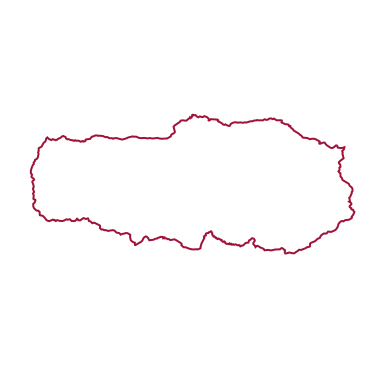 outline of Caparrapi, Cundinamarca, Colombia, rotated 81°
{"feature_id": "7082276B94520275581830", "entity_name": "Caparrapi", "entity_type": "district", "adm_level": 2, "iso_a3": "COL", "parent_name": "Colombia", "parent_adm1": "Cundinamarca", "projection": "natural_earth1", "projection_center": [-74.507, 5.372], "detail": "fine", "context": "isolated", "style": "outline", "palette": "rose", "viewbox_px": 384, "rotation_deg": 81, "n_neighbors": 0, "source": "geoboundaries", "source_scale": "gbopen_adm2", "svg_char_len": 6045}
<svg xmlns="http://www.w3.org/2000/svg" viewBox="0 0 384 384"><g transform="rotate(81 192 192)"><path d="M258.8,130.9L259.9,129.8L260.9,129.5L261.1,125.9L262.1,123.0L261.8,118.8L262.4,114.1L261.8,113.3L261.4,112.0L262.5,110.6L263.5,110.1L264.0,109.3L266.3,109.8L267.3,109.5L267.4,108.4L267.0,105.3L268.4,101.7L268.5,100.4L267.7,99.1L266.7,96.6L265.8,95.3L266.3,93.1L265.3,88.8L264.5,86.8L264.4,84.3L263.8,83.8L261.8,83.6L260.9,82.7L259.8,78.1L257.9,75.3L257.4,73.0L256.1,72.2L254.8,70.9L254.0,69.3L253.6,68.1L254.0,66.4L253.9,65.4L252.4,63.8L253.2,60.7L252.1,56.6L251.3,55.4L249.3,53.6L246.2,52.1L244.5,50.0L244.1,48.3L244.7,47.0L244.0,45.7L243.7,44.4L244.0,41.5L242.8,38.4L242.3,38.1L241.5,38.2L239.4,36.1L237.1,34.7L236.2,35.4L234.8,35.6L234.1,37.1L233.6,37.4L232.8,37.3L232.3,38.0L231.4,38.6L230.7,38.6L229.0,36.5L228.5,36.4L227.2,36.9L226.1,38.4L225.5,37.4L222.3,37.6L221.6,36.6L218.2,34.4L217.1,34.3L216.3,33.4L214.2,33.0L212.5,33.5L210.5,35.3L208.4,35.9L203.7,41.4L201.3,41.9L200.0,42.9L196.7,42.5L196.2,43.2L194.6,44.1L193.5,42.9L191.0,42.6L190.3,41.4L188.1,41.3L186.8,42.3L185.6,42.2L184.7,41.2L182.4,37.0L177.7,37.4L176.5,37.0L175.0,37.2L174.0,35.7L172.3,34.6L171.6,34.5L171.9,35.5L171.9,38.1L171.0,41.0L170.8,41.2L169.4,41.2L168.7,41.7L168.5,42.4L170.2,45.3L170.5,47.1L169.8,48.4L167.0,51.5L165.4,52.6L164.0,53.2L163.7,54.7L164.4,57.5L164.2,58.6L163.5,58.7L162.6,57.9L162.1,58.0L159.2,61.6L158.7,62.6L158.1,65.2L158.4,67.2L156.7,69.7L155.6,74.0L153.4,75.2L152.4,76.4L151.1,77.3L147.3,81.8L145.6,82.7L143.4,84.7L142.2,84.6L141.9,86.0L140.6,86.1L140.0,87.5L139.6,89.3L137.3,92.7L136.0,92.1L135.4,92.1L135.0,93.2L134.4,97.3L132.3,99.5L132.7,100.9L131.8,102.2L131.5,104.0L132.3,105.3L132.4,107.3L131.5,109.0L132.3,110.7L131.6,115.2L131.1,116.5L131.4,117.3L131.1,119.2L131.6,121.3L131.3,123.1L131.9,127.6L131.5,128.5L131.6,130.9L130.8,133.5L130.7,136.1L130.1,137.3L129.8,139.2L130.1,141.1L130.8,143.1L132.4,144.1L132.6,145.1L131.7,146.8L130.4,148.4L130.8,149.7L130.0,150.9L128.6,151.9L126.3,155.2L125.7,155.4L125.5,154.8L125.2,154.8L124.4,155.7L123.0,162.2L123.8,163.1L124.1,164.1L123.9,164.4L122.8,164.0L122.0,164.2L120.4,165.5L119.2,167.5L119.0,168.1L119.4,168.6L119.7,170.1L118.6,172.4L119.2,174.1L118.0,175.6L116.6,176.5L116.5,177.7L115.8,179.0L115.9,179.6L117.0,179.7L117.0,180.3L117.7,181.0L118.0,181.1L118.2,180.7L118.5,180.9L118.4,181.4L118.7,181.9L118.3,182.3L119.0,182.4L119.0,183.9L120.6,186.2L120.6,187.1L119.8,189.7L119.7,191.8L121.0,193.3L123.6,198.8L124.8,200.0L129.8,199.5L130.5,199.8L131.2,200.9L131.7,202.8L132.5,203.7L133.8,204.3L135.2,208.0L134.7,213.5L134.0,216.0L133.2,217.4L133.0,222.7L132.1,225.3L132.1,227.6L131.2,230.3L130.9,233.5L130.4,235.6L128.5,238.7L128.3,240.9L127.8,241.8L128.1,246.2L128.8,248.7L129.3,252.7L126.9,258.3L126.7,260.2L127.1,261.6L126.4,262.4L126.0,264.9L125.5,265.9L124.9,266.3L124.4,267.4L124.3,269.0L122.8,271.2L122.0,274.2L121.7,276.4L121.1,277.5L121.1,279.0L121.7,281.0L121.7,282.3L123.6,284.4L123.5,288.5L123.9,289.0L124.8,289.2L125.2,289.8L125.2,291.4L124.7,291.5L124.5,291.9L124.9,293.5L124.9,294.3L123.9,295.3L123.4,296.7L123.4,298.0L122.6,299.4L123.1,300.4L122.5,301.2L121.5,304.1L120.5,305.6L120.4,306.9L119.6,307.9L117.9,308.4L116.5,310.5L116.7,311.4L117.8,313.2L118.7,316.3L119.4,317.4L119.5,318.7L118.9,319.4L118.7,320.2L118.0,321.2L118.7,322.8L117.1,325.3L115.5,326.3L116.2,327.5L119.0,328.8L120.4,331.0L123.7,333.5L124.7,336.5L128.0,337.2L128.8,337.8L130.4,337.6L133.8,338.9L134.9,339.9L135.8,342.1L136.9,342.4L138.1,343.8L139.5,343.8L140.4,344.9L142.7,346.4L145.7,347.8L148.2,348.2L149.8,347.3L151.6,348.1L152.2,348.1L154.0,346.4L155.1,346.0L156.4,347.8L157.1,348.2L159.7,347.6L162.2,347.5L163.9,348.6L167.3,348.0L168.7,349.3L170.5,348.8L173.7,349.7L174.4,349.5L175.1,348.0L176.0,348.0L178.0,349.2L178.9,350.7L181.6,351.0L183.2,350.6L185.2,349.2L186.1,348.2L186.5,346.7L187.6,345.7L191.1,345.9L192.2,343.1L195.0,341.1L196.2,340.7L197.7,339.3L198.5,337.4L197.5,333.9L198.0,333.3L198.0,332.1L199.3,331.4L199.3,330.8L198.8,330.0L198.8,329.2L199.6,327.8L200.4,324.8L200.2,322.9L199.3,320.3L199.9,319.3L199.8,317.0L201.8,315.4L202.3,313.1L202.2,311.8L200.4,309.7L201.2,308.9L202.1,308.8L202.5,307.3L202.5,306.5L201.6,305.2L200.8,303.1L202.0,301.2L201.8,298.9L202.2,298.6L204.5,298.4L205.2,296.8L207.1,295.5L207.3,295.1L207.0,294.5L207.1,293.2L210.6,288.3L211.6,288.2L213.3,288.6L214.9,287.3L215.0,286.0L216.0,284.5L216.3,282.8L217.3,281.1L217.3,276.2L217.9,274.7L220.3,272.9L221.1,270.5L222.1,269.5L222.9,269.2L222.4,266.5L222.5,265.2L222.2,264.3L222.5,262.2L224.6,259.7L226.8,260.2L230.1,260.0L231.6,258.8L232.7,257.4L233.1,256.4L235.4,256.6L235.6,256.2L233.1,249.8L232.1,248.6L229.6,246.8L228.6,244.6L229.0,243.8L230.3,242.7L233.0,241.7L233.1,237.3L232.4,235.6L232.5,233.7L231.9,232.8L231.8,231.2L231.4,230.2L231.8,228.2L232.4,226.6L233.3,227.4L233.7,224.8L234.8,223.3L235.0,222.0L236.1,221.0L236.0,216.8L236.5,215.9L240.9,210.8L241.9,210.3L243.0,210.8L245.4,208.7L245.5,207.1L247.6,203.5L248.5,201.4L249.1,198.9L249.1,197.0L249.6,195.5L249.1,192.9L248.7,192.3L247.7,192.2L244.4,190.7L239.2,186.9L238.2,187.3L237.3,186.6L237.1,185.1L235.8,185.1L235.3,184.7L235.0,183.9L235.1,182.2L234.3,181.3L234.1,179.8L233.8,179.4L234.2,178.9L235.0,178.9L235.8,178.4L236.7,178.7L238.1,178.5L238.6,177.5L239.5,177.6L239.5,176.9L240.1,176.2L241.0,175.9L241.0,175.2L241.8,175.0L242.0,174.3L242.5,174.1L242.5,173.7L242.1,173.4L242.2,172.9L242.8,172.0L243.7,171.4L243.9,170.3L244.7,170.4L246.1,169.2L245.8,168.7L246.2,168.1L246.0,167.6L247.2,167.0L247.8,167.0L248.6,166.0L248.7,165.0L249.2,164.2L248.7,163.2L249.4,163.0L249.2,162.0L250.0,161.5L249.5,160.9L250.4,160.0L250.2,159.2L250.8,158.6L250.5,157.5L251.0,156.2L251.6,155.7L251.9,154.8L251.7,153.9L252.1,153.2L253.2,152.9L253.3,152.6L252.8,151.4L252.8,149.9L250.7,147.0L250.8,144.2L248.8,143.3L248.2,141.5L247.2,140.4L247.1,139.7L247.8,138.2L249.5,137.5L250.0,137.6L251.8,139.3L252.8,139.6L253.4,139.4L254.7,138.4L256.4,137.9L255.5,136.6L255.4,136.0L256.1,134.7L257.4,133.3L258.8,130.9Z" fill="none" stroke="#9f1239" stroke-width="2"/></g></svg>